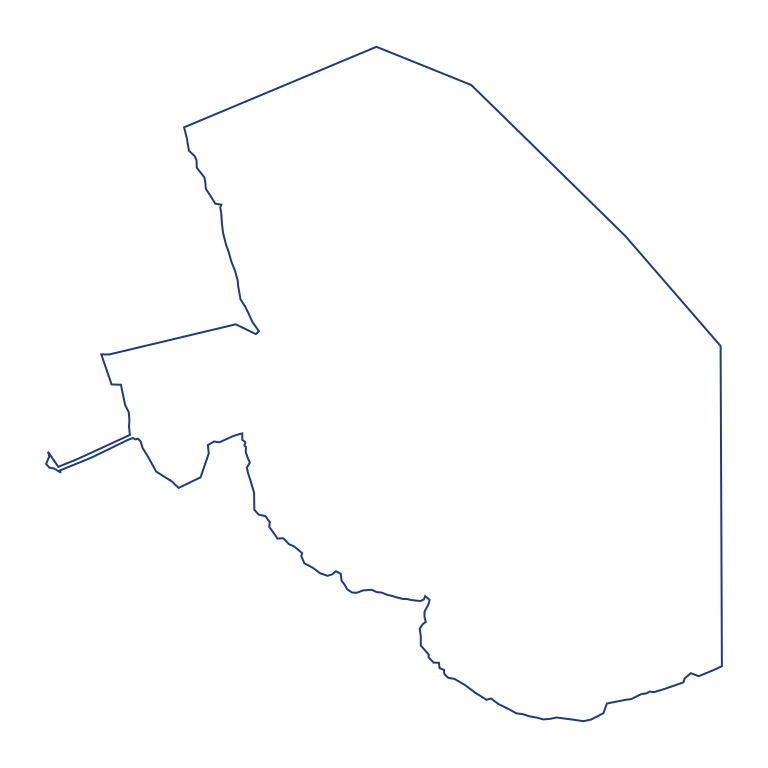 Ngetkib, Palau
{"feature_id": "81905179B7485238607741", "entity_name": "Ngetkib", "entity_type": "district", "adm_level": 2, "iso_a3": "PLW", "parent_name": "Palau", "parent_adm1": "", "projection": "orthographic", "projection_center": [134.51, 7.364], "detail": "fine", "context": "isolated", "style": "outline", "palette": "blue", "viewbox_px": 768, "rotation_deg": 0, "n_neighbors": 0, "source": "geoboundaries", "source_scale": "gbopen_adm2", "svg_char_len": 2283}
<svg xmlns="http://www.w3.org/2000/svg" viewBox="0 0 768 768"><path d="M184.1,127.3L187.0,139.0L188.9,150.7L194.6,156.0L196.5,160.2L196.8,167.7L204.3,177.3L205.3,181.9L205.8,188.8L210.1,195.3L215.3,203.7L221.3,204.7L220.3,207.6L221.3,213.8L221.9,223.4L222.3,226.6L223.1,233.1L226.1,244.8L228.9,252.6L231.1,260.9L235.0,270.8L237.7,280.6L238.2,286.4L240.5,299.3L245.1,306.5L248.8,313.9L252.3,321.8L258.9,331.2L255.8,334.1L235.7,324.3L109.0,354.5L101.3,354.4L111.6,384.5L120.9,384.7L125.2,405.3L128.7,412.0L129.4,420.3L129.0,426.5L129.9,434.9L89.6,453.5L76.2,459.6L62.7,465.0L58.4,466.9L47.9,451.7L49.0,455.2L49.3,456.4L46.1,463.9L49.3,467.6L54.0,468.5L55.0,469.1L60.9,472.7L59.6,470.6L90.8,457.9L128.1,439.8L132.9,438.0L135.3,439.4L138.0,438.7L140.7,441.5L142.5,447.8L148.0,456.7L156.2,471.6L171.8,481.4L178.6,487.9L200.6,477.3L208.8,453.3L207.8,445.1L214.2,441.5L219.4,442.3L233.6,435.9L239.5,434.1L242.3,433.4L242.3,439.8L245.4,442.3L244.4,445.7L246.0,447.2L245.7,452.0L247.6,457.4L249.8,462.8L246.9,467.5L247.9,472.6L250.5,480.6L254.1,492.9L254.3,509.7L258.6,514.6L262.1,515.4L265.4,516.1L269.8,522.2L269.2,526.9L272.7,531.6L277.5,538.6L283.0,538.2L284.7,539.6L289.0,544.2L294.0,546.3L302.1,553.1L301.3,556.2L304.3,563.2L313.0,567.9L320.2,573.3L327.6,575.8L332.4,574.3L335.8,571.2L340.7,573.7L341.6,581.0L344.2,584.0L347.2,589.3L352.0,592.5L356.6,592.8L363.5,590.3L368.0,590.1L371.7,589.8L376.8,592.1L381.7,592.6L386.8,594.7L392.2,596.0L396.2,597.2L402.8,598.9L407.8,599.1L410.6,599.9L415.9,600.6L420.6,601.0L423.9,599.4L425.2,596.1L429.6,599.8L428.9,602.7L427.8,605.7L424.5,611.6L424.5,617.0L425.8,621.8L422.4,624.5L419.7,628.7L420.8,636.3L420.8,645.5L428.8,654.7L428.5,657.1L433.5,662.6L438.9,662.8L439.6,668.2L444.0,669.9L444.3,674.0L448.3,677.9L454.4,678.9L464.7,684.8L474.9,692.5L486.5,699.8L491.1,698.5L498.3,704.0L508.7,709.1L516.3,713.3L522.6,714.1L529.4,716.3L537.2,717.7L543.3,719.4L550.4,718.8L556.6,717.5L572.6,719.6L583.5,721.2L591.2,719.5L603.4,713.2L606.9,703.5L619.0,701.1L625.6,699.8L631.2,699.1L641.1,694.2L646.5,693.3L649.7,691.6L654.1,692.1L663.7,689.2L683.4,682.4L684.7,678.3L690.9,673.2L698.7,676.2L713.7,670.0L721.9,666.2L720.6,346.0L625.4,236.1L556.2,168.2L506.4,119.4L471.2,85.0L376.4,46.8L184.1,127.3Z" fill="none" stroke="#1e3a8a" stroke-width="2"/></svg>